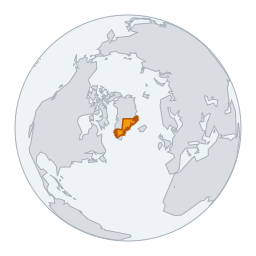 globe centered on Kommuneqarfik Sermersooq
{"feature_id": "GRL-2739", "entity_name": "Kommuneqarfik Sermersooq", "entity_type": "state/province", "adm_level": 1, "iso_a3": "GRL", "parent_name": "Greenland", "parent_adm1": "", "projection": "orthographic", "projection_center": [-36.556, 66.454], "detail": "fine", "context": "on_globe", "style": "filled", "palette": "amber", "viewbox_px": 256, "rotation_deg": 0, "n_neighbors": 0, "source": "natural_earth", "source_scale": "10m", "svg_char_len": 15050}
<svg xmlns="http://www.w3.org/2000/svg" viewBox="0 0 256 256"><circle cx="128" cy="128" r="113" fill="#eef3f6" stroke="#a8b0b8"/><path d="M69.4,224.2L66.5,222.3L58.8,216.5L49.2,205.8L51.0,205.3L49.2,202.6L54.9,203.2L54.0,197.9L52.1,195.6L49.9,195.6L44.1,186.8L42.9,181.0L29.6,152.3L29.2,147.5L30.7,144.0L34.3,122.2L29.0,138.2L28.9,132.5L30.3,125.3L31.4,125.9L34.8,117.4L35.8,111.2L42.2,101.9L52.9,96.7L51.5,99.9L54.3,98.4L56.2,94.4L56.9,92.1L69.0,82.6L76.7,71.0L75.7,66.9L78.6,68.3L74.5,60.2L76.5,54.2L76.3,61.4L77.9,62.4L80.3,58.5L82.4,58.7L84.8,57.0L87.1,57.7L86.8,62.0L88.3,62.6L89.9,59.7L93.3,58.8L90.7,62.8L96.3,61.6L96.8,68.8L88.1,79.6L90.4,84.6L86.7,98.5L89.1,97.9L89.2,103.0L92.0,104.3L90.5,106.7L94.0,105.7L94.8,103.3L96.6,102.1L98.3,102.7L96.7,105.8L95.7,105.9L96.1,107.1L94.6,108.4L96.3,108.1L94.2,111.8L98.8,109.1L99.2,112.8L97.1,115.0L94.1,113.6L81.7,115.5L78.7,117.6L77.4,121.8L81.9,132.3L79.9,135.2L79.6,140.0L82.1,138.9L83.3,134.8L88.1,134.1L89.0,129.3L91.1,128.4L93.3,124.0L96.4,126.1L98.3,130.5L96.6,134.2L97.4,136.3L101.8,134.0L101.4,142.3L105.8,150.3L105.4,152.3L99.3,154.0L92.1,150.7L84.3,153.4L92.9,153.2L91.5,158.6L92.8,160.2L94.9,160.9L96.8,159.4L97.1,161.7L88.7,162.6L88.3,160.6L91.0,160.2L87.6,158.8L81.9,159.7L81.6,162.5L73.3,161.3L73.0,163.4L71.1,164.3L72.1,161.1L70.1,167.0L60.3,167.1L57.4,176.2L56.4,166.4L53.7,162.7L50.2,159.1L49.6,160.5L45.7,154.2L40.7,152.0L36.7,156.6L36.3,163.3L40.9,169.7L43.2,168.9L47.2,172.6L42.2,176.3L48.7,184.3L46.8,188.1L48.4,192.3L52.2,194.9L56.0,199.1L59.4,198.8L64.6,200.7L64.0,204.3L67.4,202.8L69.9,206.2L80.7,211.3L79.7,211.8L88.6,219.5L99.4,224.3L101.9,227.0L100.5,228.0L104.5,229.2L104.5,229.9L121.3,233.2L130.6,235.1L130.8,237.0L123.9,238.7L120.0,240.3L114.5,239.8L106.6,238.6L98.7,236.8L91.1,234.4L83.6,231.5L76.4,228.1L69.4,224.2ZM34.9,65.9L35.9,65.0L34.5,66.9L34.9,65.9ZM37.0,63.6L36.5,64.1L37.0,63.5L37.0,63.6ZM37.7,62.6L37.2,63.3L37.7,62.5L37.7,62.6ZM38.6,61.3L38.1,62.0L38.2,61.9L38.6,61.3ZM55.9,178.6L63.5,189.1L58.2,185.8L59.4,185.9L57.7,182.6L54.2,177.8L49.8,174.8L55.9,178.6ZM40.2,59.2L40.7,58.6L40.4,59.2L40.2,59.2ZM61.6,177.3L60.2,175.8L61.7,176.9L61.6,177.3ZM56.8,91.1L56.0,94.3L53.5,97.9L53.9,95.2L56.8,91.1ZM62.0,84.6L62.3,86.1L59.2,87.4L60.0,86.1L62.0,84.6ZM74.6,63.9L73.5,66.1L73.8,63.9L74.6,63.9ZM84.7,56.6L84.3,55.9L85.7,55.4L84.7,56.6ZM91.4,123.2L92.3,123.6L91.4,124.2L91.4,123.2ZM91.5,121.0L89.8,121.4L89.6,120.4L90.7,120.2L91.5,121.0ZM90.6,55.9L92.9,55.3L90.5,56.7L90.6,55.9ZM93.6,120.8L89.5,118.6L89.2,116.9L92.9,114.6L93.6,120.8ZM94.3,55.4L100.0,53.8L99.6,52.1L103.9,56.2L97.6,56.1L94.7,58.0L95.5,56.2L94.3,55.4ZM94.3,102.3L93.5,104.9L92.6,102.2L94.3,102.3ZM93.3,100.9L87.9,94.8L89.9,91.4L91.3,94.1L92.6,89.4L96.3,90.7L96.4,93.6L94.3,95.5L97.3,94.6L93.3,100.9ZM105.4,58.8L106.7,59.1L105.2,59.6L105.4,58.8ZM97.3,101.5L96.0,100.5L97.6,97.4L100.5,98.9L99.0,99.4L97.3,101.5ZM91.2,87.5L92.9,85.6L96.4,86.1L97.5,85.5L96.6,90.5L91.2,87.5ZM99.5,100.4L101.9,99.7L102.7,101.7L98.6,102.2L99.5,100.4ZM96.9,96.1L97.8,94.7L98.2,95.9L96.9,96.1ZM106.8,108.5L105.2,107.3L105.9,105.6L106.8,108.5ZM102.7,99.3L102.5,98.6L102.6,97.9L104.2,97.9L102.7,99.3ZM99.0,90.6L100.1,91.2L99.6,88.5L102.2,88.9L101.1,92.2L102.6,91.0L103.4,91.1L101.6,93.7L99.0,90.6ZM106.3,95.5L105.8,100.0L108.5,102.5L107.9,104.1L103.6,99.7L106.3,95.5ZM103.7,94.2L105.2,95.4L103.7,96.7L101.8,96.7L103.7,94.2ZM104.3,88.0L100.7,86.6L101.0,85.9L104.3,88.0ZM107.4,96.0L107.5,94.9L107.7,96.0L107.4,96.0ZM105.6,90.2L104.2,89.7L104.7,89.0L105.6,90.2ZM108.8,93.2L108.6,94.6L107.3,94.6L108.8,93.2ZM107.5,91.6L108.5,90.7L107.0,93.8L106.9,91.5L107.5,91.6ZM106.2,89.5L106.0,88.9L106.7,89.8L106.2,89.5ZM113.8,92.3L112.2,96.2L109.3,96.3L111.3,92.4L113.8,92.3ZM205.9,46.6L210.0,50.8L208.9,49.7L209.9,52.0L215.4,58.4L224.6,70.8L227.0,74.2L230.0,80.2L229.7,81.5L227.1,80.0L228.6,83.7L227.2,87.8L229.2,102.0L228.1,102.6L228.8,105.9L227.5,110.0L225.2,110.6L225.1,114.0L230.8,112.4L230.8,108.7L228.8,103.3L230.5,103.9L231.6,100.3L235.5,111.5L236.3,135.6L233.9,133.5L222.1,136.2L221.1,134.5L221.0,134.4L220.7,134.3L222.0,137.7L219.2,137.7L228.1,138.5L230.6,140.5L236.3,136.1L236.4,137.7L237.5,135.4L238.1,122.7L238.6,123.9L239.8,134.9L236.8,157.0L236.7,157.5L234.3,165.2L231.4,172.8L227.9,180.1L223.9,187.1L219.4,193.9L214.4,200.3L209.0,206.3L212.6,202.0L213.1,200.6L208.1,201.4L209.4,196.8L207.5,196.9L203.8,200.6L201.3,200.7L198.8,202.6L181.7,215.0L175.0,215.7L163.3,211.0L165.3,206.0L163.0,201.5L174.6,173.8L180.0,171.7L192.5,157.7L194.6,156.6L196.4,161.6L208.3,155.7L208.3,149.4L216.0,141.7L218.9,134.6L214.3,125.8L209.4,137.2L205.3,135.9L206.7,124.0L210.5,114.1L209.0,113.3L203.9,117.0L202.1,112.3L201.8,118.1L204.0,117.6L203.9,121.3L201.9,122.0L201.4,120.3L199.4,122.7L202.7,130.6L205.2,130.9L201.8,139.3L205.7,140.6L205.7,144.0L199.2,143.0L197.8,141.0L188.0,142.4L189.2,145.2L198.5,144.2L196.8,145.6L198.6,149.7L195.9,147.7L185.4,148.3L180.5,155.3L179.1,169.5L175.2,173.1L169.8,174.2L165.6,164.5L174.7,157.4L173.3,154.1L167.4,152.0L170.6,150.2L169.3,148.5L172.4,145.7L172.6,138.6L175.1,135.5L171.3,129.8L172.1,127.5L174.1,131.4L176.8,132.6L182.5,124.8L182.4,122.4L179.5,119.4L181.5,117.8L177.9,115.9L179.3,110.3L174.7,115.6L171.1,112.5L169.8,107.6L167.8,107.6L169.9,115.5L171.5,117.8L174.2,118.3L177.8,125.8L176.7,129.1L169.8,125.1L167.5,129.5L163.1,124.6L160.1,105.8L160.8,99.6L170.2,94.9L172.2,97.8L169.9,100.9L175.6,100.5L173.5,99.3L175.0,98.0L172.1,94.9L173.1,93.8L168.5,92.7L169.4,91.0L172.3,91.7L168.6,85.9L169.4,81.9L168.1,81.1L166.5,81.4L168.6,76.2L167.5,75.9L166.4,77.4L163.6,77.8L159.5,76.4L160.5,74.7L162.1,75.0L166.9,73.0L171.1,74.1L171.0,73.3L167.6,72.0L161.8,74.3L159.0,74.0L161.5,72.4L160.4,73.0L159.3,72.3L159.1,70.1L156.2,71.6L143.1,67.0L141.5,62.4L145.2,61.4L137.0,56.8L135.8,52.3L134.8,53.7L130.2,52.6L130.5,54.0L129.7,54.6L118.1,52.9L116.1,51.3L110.0,52.4L109.5,53.1L110.6,54.4L103.9,56.2L99.6,52.1L101.0,50.6L97.4,49.2L101.1,46.0L102.4,42.9L108.6,40.4L109.1,38.2L107.6,37.9L107.2,34.9L111.6,29.8L114.7,35.1L109.4,43.6L112.1,40.2L113.4,41.4L115.6,40.4L117.4,38.0L116.4,37.5L129.3,36.3L137.4,32.3L132.1,31.2L130.5,29.2L135.1,24.4L151.7,22.9L149.8,20.8L150.8,20.3L155.1,21.1L153.7,21.8L156.5,23.3L155.0,23.7L161.4,25.4L159.6,26.1L165.4,27.3L165.1,26.1L160.2,24.2L166.0,25.1L163.2,22.6L164.8,22.2L176.0,26.2L184.6,30.6L185.5,31.2L187.9,32.7L192.6,35.8L192.4,35.6L199.3,40.8L205.9,46.6ZM174.1,186.2L174.7,187.9L174.7,188.0L174.1,186.2ZM217.0,106.6L217.7,100.1L213.2,99.3L213.1,96.7L211.5,97.4L212.8,99.3L208.5,100.6L207.3,96.5L205.0,95.7L204.7,97.8L207.6,105.1L213.8,103.1L215.5,106.2L217.0,106.6ZM81.0,211.4L82.2,212.7L80.4,212.0L81.0,211.4ZM57.0,186.9L58.8,188.5L59.6,189.9L58.1,189.0L57.0,186.9ZM73.7,198.0L76.1,199.7L73.4,198.7L73.7,198.0ZM64.8,190.6L71.8,196.8L66.7,195.2L62.3,191.2L65.6,193.0L64.8,190.6ZM59.7,179.2L60.7,180.5L60.0,181.0L59.7,179.2ZM62.7,178.1L62.2,177.9L61.9,176.7L62.7,178.1ZM92.0,158.5L92.7,158.5L94.6,159.6L93.3,160.0L92.0,158.5ZM105.9,159.6L106.0,163.2L105.0,160.8L103.1,161.9L98.7,158.4L104.9,153.2L102.9,156.1L105.9,159.6ZM94.4,152.4L96.5,155.1L94.0,152.4L94.4,152.4ZM159.2,142.7L161.5,142.7L162.3,145.3L159.2,149.7L158.0,145.9L159.2,142.7ZM164.7,142.2L158.7,137.2L160.4,134.4L160.5,136.8L162.2,135.4L162.7,138.9L170.2,141.3L171.4,143.8L164.9,150.3L166.4,146.7L164.0,146.9L164.7,142.2ZM140.4,130.6L137.9,128.7L144.9,125.0L146.5,127.2L143.4,131.6L139.8,131.6L140.4,130.6ZM101.0,117.4L99.6,117.1L100.0,116.3L101.6,115.7L101.0,117.4ZM106.0,108.0L107.7,117.6L106.2,117.8L109.1,123.3L106.1,126.0L104.3,122.3L104.2,128.6L101.4,126.3L101.8,130.5L98.2,122.0L95.6,120.3L99.6,121.1L102.4,118.7L102.8,117.2L102.2,111.5L98.2,106.9L100.3,103.8L102.9,102.9L104.2,103.6L102.4,105.3L105.4,105.0L103.8,108.0L106.0,108.0ZM131.9,95.9L129.2,97.4L135.0,97.8L133.5,100.6L134.2,100.4L134.4,103.1L135.9,106.3L134.7,107.3L135.8,108.1L135.9,109.9L137.0,111.4L135.3,113.8L136.5,115.8L135.0,115.8L137.5,118.6L134.9,117.6L134.7,120.0L137.4,119.7L125.3,129.9L122.4,135.1L121.3,140.1L116.9,137.9L115.0,132.0L114.9,124.7L118.4,120.1L115.8,120.0L116.7,117.8L118.4,118.8L116.3,116.0L117.5,114.4L117.4,108.4L113.6,105.4L113.5,103.2L115.6,103.6L114.0,101.1L117.9,100.4L117.9,98.8L121.7,96.5L125.7,98.3L125.4,96.4L128.3,94.7L131.9,95.9ZM115.0,91.8L120.1,93.1L121.8,95.4L114.5,98.4L113.9,99.9L109.3,102.0L107.0,98.8L108.5,98.5L109.5,97.4L109.8,98.8L110.3,96.9L112.4,96.4L113.3,94.8L114.7,95.7L115.0,91.8ZM195.0,153.4L196.3,152.2L197.8,150.0L198.9,152.6L195.0,153.4ZM187.9,153.9L188.7,152.5L191.0,155.0L189.7,156.2L187.9,153.9ZM187.2,149.8L188.6,152.3L187.1,151.7L187.2,149.8ZM174.7,130.1L175.3,128.5L176.2,128.9L176.7,130.6L174.7,130.1ZM148.7,98.1L146.9,98.5L146.7,97.8L142.8,96.4L143.7,94.3L146.3,94.3L148.7,98.1ZM214.6,128.9L214.9,132.2L213.9,132.7L214.0,131.4L214.6,128.9ZM207.4,143.3L210.0,141.0L207.7,144.1L207.4,143.3ZM149.0,95.6L147.3,95.3L148.8,94.4L149.0,95.6ZM144.1,92.7L145.5,91.5L143.3,93.9L144.1,92.7ZM166.1,22.2L167.4,22.5L168.3,22.8L168.9,23.1L166.1,22.2ZM153.9,78.0L158.3,82.2L162.1,84.0L165.1,83.1L162.8,86.3L157.0,83.5L153.9,78.0ZM144.4,68.5L141.8,69.4L141.6,68.0L142.2,67.5L144.4,68.5ZM143.7,69.8L142.9,73.0L140.6,72.9L141.7,70.4L143.7,69.8ZM146.2,84.2L147.4,85.5L146.2,86.1L146.2,84.2ZM145.2,18.2L145.0,18.7L142.3,18.3L143.1,18.1L145.2,18.2ZM133.1,17.8L141.5,18.4L148.2,19.2L146.7,18.7L149.3,18.5L150.8,19.6L145.2,19.3L140.4,18.6L138.5,19.2L134.2,19.2L133.3,20.4L131.1,20.8L130.4,19.6L133.1,17.8ZM133.1,21.0L130.0,23.6L125.4,22.8L125.0,22.0L128.4,21.1L130.6,21.6L133.1,21.0ZM127.9,24.0L130.1,24.5L130.1,30.2L128.9,31.3L126.4,26.3L128.3,26.6L129.2,25.4L127.9,24.0ZM106.9,58.1L106.7,59.0L106.0,58.3L106.9,58.1ZM130.0,55.4L128.8,56.1L127.9,55.1L130.0,55.4ZM124.8,57.5L126.7,58.1L124.3,58.2L124.8,57.5ZM130.8,59.4L127.2,58.7L131.2,58.4L130.8,59.4Z" fill="#d9dde1" stroke="#a8b0b8" stroke-width="1"/><path d="M133.5,118.5L133.7,118.8L133.2,118.8L133.5,118.9L133.4,119.6L132.8,119.9L134.7,119.7L133.3,120.5L134.1,120.7L134.4,120.0L134.8,120.1L135.4,119.6L135.4,119.8L135.6,119.6L136.4,119.9L137.6,119.7L136.9,120.4L137.1,120.5L136.5,120.6L136.8,120.8L136.7,121.1L136.3,121.0L136.5,121.3L136.1,121.4L136.2,121.7L135.9,121.7L136.0,121.9L135.8,122.0L135.6,122.2L135.8,122.4L135.3,123.0L133.3,123.9L133.4,124.0L133.1,124.2L133.2,124.3L132.8,123.9L132.7,124.1L132.8,124.2L132.5,124.2L132.8,124.5L132.2,124.3L132.5,124.6L131.6,124.7L131.5,124.4L131.3,124.3L130.9,123.6L130.9,124.0L131.3,124.5L131.0,124.4L131.0,124.5L131.3,124.5L131.3,125.0L130.5,125.5L130.4,125.8L130.5,126.1L130.2,126.1L130.4,126.4L130.2,126.4L130.3,126.7L130.0,126.9L130.1,127.0L130.0,127.3L129.9,127.3L129.8,127.7L129.7,127.4L129.6,127.6L129.7,127.8L129.5,128.1L129.3,128.3L129.1,128.1L129.2,128.4L128.6,128.0L128.8,128.4L128.7,128.5L128.8,128.7L128.6,128.5L128.2,129.1L128.2,128.7L127.6,129.2L127.6,128.8L127.5,129.3L127.1,129.0L127.0,128.8L127.5,128.2L126.8,128.1L127.1,128.4L126.9,128.4L127.0,128.5L126.8,128.7L126.8,129.0L126.5,128.8L126.8,129.2L126.7,129.6L126.2,129.5L126.3,129.7L126.0,129.7L125.8,129.3L125.8,129.7L125.5,129.4L125.4,129.8L125.0,129.8L125.4,130.0L125.2,130.1L125.4,130.3L125.1,130.4L125.2,130.6L124.2,130.5L124.3,130.8L124.2,130.8L124.6,131.4L124.5,131.8L124.8,132.0L123.7,132.1L124.6,132.5L124.3,132.8L124.6,133.3L123.6,133.0L124.4,133.5L124.0,133.6L124.1,133.8L123.9,133.5L124.1,133.8L123.8,133.5L123.9,133.8L123.7,133.6L123.8,133.8L124.0,134.0L123.7,133.8L123.5,133.5L123.3,133.7L123.7,134.4L123.2,134.1L123.6,134.5L123.0,134.3L123.5,134.6L123.3,134.9L123.1,134.8L122.8,134.9L122.9,134.7L122.6,134.8L122.7,135.1L121.3,134.9L117.5,137.7L116.8,137.7L117.3,137.7L117.4,137.4L117.0,137.3L117.4,137.1L116.8,137.4L117.0,137.2L116.7,137.1L116.9,137.1L117.0,137.0L117.0,136.9L116.3,136.7L117.1,136.6L116.9,136.6L117.1,136.5L116.4,136.7L116.2,136.4L116.8,136.4L116.4,136.3L116.6,136.0L116.4,136.1L116.8,135.7L116.3,136.1L116.2,136.0L116.4,135.8L116.2,135.9L116.8,135.5L116.6,135.4L116.7,135.2L116.5,135.5L116.0,135.5L116.2,135.4L116.3,135.4L116.4,135.2L116.1,135.2L116.4,135.0L115.9,135.0L116.0,134.9L115.6,134.4L116.2,133.7L115.8,134.0L115.8,133.7L116.4,133.4L115.9,133.5L115.7,133.8L116.0,133.4L115.7,133.5L115.6,133.2L116.2,133.0L115.7,132.9L115.5,133.0L115.4,133.0L115.5,132.9L115.3,133.0L115.3,132.7L116.0,132.7L115.2,132.4L115.7,132.3L115.4,132.3L115.5,132.0L115.9,132.2L116.0,132.1L115.5,132.0L115.4,132.3L115.2,132.2L115.3,132.0L115.1,131.9L115.3,131.8L115.1,131.7L115.4,131.7L115.7,131.5L115.2,131.6L115.4,131.4L115.1,131.2L116.6,131.2L116.1,131.1L116.4,130.8L115.4,131.1L115.2,131.0L115.5,131.0L115.1,130.9L115.8,131.0L115.9,130.9L116.0,130.6L116.4,130.8L116.6,130.7L116.0,130.3L116.4,130.1L116.6,130.6L117.0,131.0L116.6,130.1L116.9,129.9L116.4,130.0L116.4,129.5L116.3,129.3L116.9,129.0L121.9,129.8L123.2,118.8L132.9,118.8L133.5,118.5ZM136.5,116.3L136.2,116.9L136.6,116.5L136.5,116.8L136.6,117.0L136.9,116.6L136.7,117.0L136.8,117.6L136.9,117.1L137.1,117.0L137.1,117.3L137.3,117.3L137.1,117.5L137.3,117.5L137.2,117.6L137.3,117.7L137.0,117.9L137.4,117.8L137.2,118.1L137.5,118.0L137.3,118.3L137.5,118.3L137.5,118.5L137.7,118.9L137.2,119.1L137.0,118.3L136.9,118.6L137.1,119.1L136.6,119.3L136.1,118.9L135.8,118.3L135.4,117.7L135.2,117.8L134.9,117.6L135.4,117.5L135.3,117.1L135.4,116.7L136.5,116.3ZM135.2,118.9L134.9,119.4L134.7,119.3L133.5,119.8L134.0,118.9L134.5,118.7L134.9,118.3L135.2,118.9ZM134.4,117.6L135.0,117.9L134.2,118.7L133.8,118.8L133.6,118.4L134.4,117.9L134.4,117.6ZM116.3,129.5L116.3,130.0L115.8,130.2L116.0,129.9L115.8,129.9L115.3,130.7L114.8,130.7L115.0,130.1L116.3,129.5ZM127.4,129.4L127.2,129.4L127.4,129.5L127.0,129.7L126.8,129.5L127.1,129.1L127.4,129.4ZM125.0,131.8L124.7,131.7L124.6,131.3L124.4,130.9L124.7,131.1L124.8,131.5L124.7,131.6L125.0,131.8ZM123.9,134.1L123.7,134.2L123.3,133.7L123.5,133.6L123.7,133.9L123.9,134.1ZM116.1,130.4L115.7,130.9L115.9,130.3L116.1,130.4ZM133.7,119.2L133.7,118.9L134.0,118.8L133.9,119.0L133.7,119.2ZM122.8,134.9L123.2,135.1L122.7,135.0L122.8,134.9ZM115.7,130.5L115.4,130.5L115.9,130.3L115.7,130.5ZM124.2,132.2L124.5,132.3L124.2,132.3L124.2,132.2ZM136.8,120.7L137.0,120.7L136.8,120.7ZM133.0,124.3L132.9,124.4L132.9,124.2L133.0,124.3ZM127.8,129.1L128.0,129.0L127.9,129.3L127.8,129.1ZM127.6,129.4L127.6,129.7L127.6,129.4ZM134.6,119.5L134.8,119.4L134.6,119.5L134.6,119.5ZM123.8,134.2L123.7,134.4L123.7,134.2L123.8,134.2ZM127.8,129.1L127.8,129.4L127.6,129.3L127.8,129.1ZM125.6,130.2L125.3,130.1L125.6,130.2ZM123.5,134.8L123.6,134.6L123.5,134.8ZM115.6,133.1L115.4,133.2L115.5,133.0L115.6,133.1ZM116.5,136.9L116.8,136.9L116.8,137.0L116.5,136.9ZM117.1,137.6L116.9,137.5L117.1,137.6ZM128.1,129.1L128.3,129.1L128.1,129.2L128.1,129.1ZM114.9,131.0L115.0,130.8L114.9,131.0ZM123.6,134.4L123.8,134.5L123.7,134.5L123.6,134.4ZM135.0,118.2L135.1,118.3L135.0,118.2ZM127.5,129.8L127.6,129.7L127.6,129.8L127.5,129.8ZM130.0,127.2L130.1,127.3L130.0,127.2ZM115.2,132.2L115.3,132.3L115.1,132.3L115.2,132.2ZM128.9,128.5L128.9,128.4L128.9,128.5ZM116.3,136.2L116.4,136.3L116.3,136.2ZM115.5,133.2L115.5,133.3L115.5,133.2L115.5,133.2ZM123.2,134.9L123.2,135.0L123.3,135.0L123.2,135.0L123.2,134.9ZM116.4,137.0L116.5,137.0L116.4,137.0Z" fill="#f59e0b" stroke="#b45309" stroke-width="1.5"/></svg>